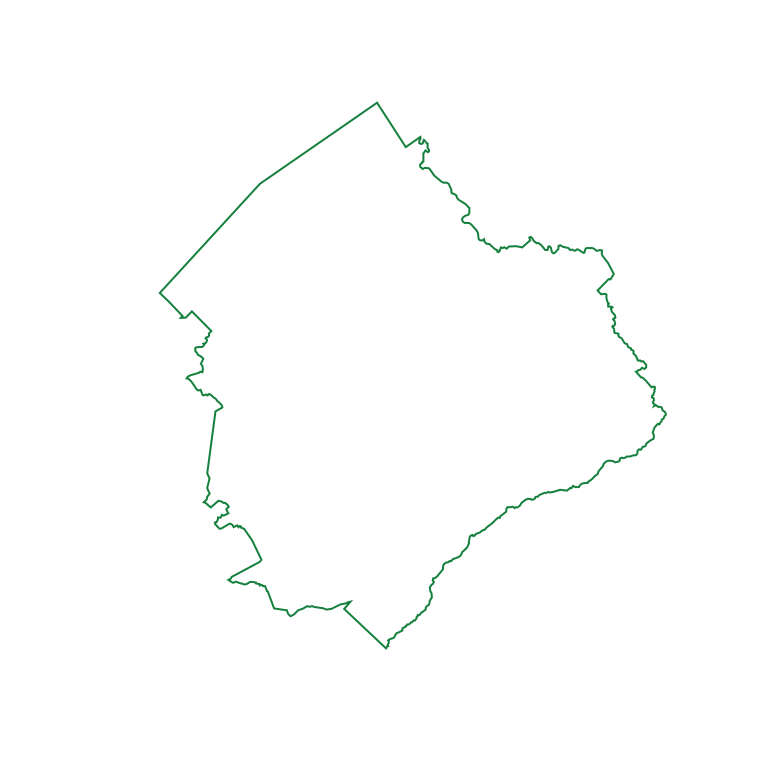 El Alto, Catamarca, Argentina (Albers equal-area conic projection), rotated 225°
{"feature_id": "61730980B19433533444932", "entity_name": "El Alto", "entity_type": "district", "adm_level": 2, "iso_a3": "ARG", "parent_name": "Argentina", "parent_adm1": "Catamarca", "projection": "albers", "projection_center": [-65.454, -28.418], "detail": "fine", "context": "isolated", "style": "outline", "palette": "green", "viewbox_px": 768, "rotation_deg": 225, "n_neighbors": 0, "source": "geoboundaries", "source_scale": "gbopen_adm2", "svg_char_len": 6166}
<svg xmlns="http://www.w3.org/2000/svg" viewBox="0 0 768 768"><g transform="rotate(225 384 384)"><path d="M606.9,289.8L594.8,290.1L574.5,289.6L574.5,287.1L571.1,290.7L571.2,299.5L543.5,299.4L543.5,295.8L542.0,294.7L541.6,293.1L542.6,291.4L542.5,290.2L540.4,290.1L539.3,288.4L539.1,286.6L540.2,284.8L538.9,284.7L538.6,283.1L538.6,281.9L541.5,278.7L542.9,276.6L542.7,275.7L540.3,273.6L538.8,273.9L536.4,273.1L531.8,274.2L529.5,274.0L527.8,268.8L525.2,268.4L522.2,266.1L520.8,263.8L522.6,262.9L522.9,260.8L526.9,253.5L527.9,250.8L527.5,248.4L525.7,249.5L521.8,249.5L512.2,247.7L510.6,248.2L509.6,250.2L504.3,247.9L503.6,248.3L502.2,251.0L500.7,251.1L500.6,253.2L498.4,254.0L495.3,254.0L492.3,254.6L490.1,254.1L485.9,254.4L483.1,254.1L481.7,253.1L483.8,245.5L445.8,195.8L440.6,193.9L435.8,186.0L434.9,185.1L429.7,183.2L429.3,179.3L427.8,177.2L427.8,172.9L425.9,173.8L419.2,174.2L418.5,184.4L416.0,185.9L413.5,186.4L412.3,187.6L409.4,187.9L406.9,187.4L407.1,184.9L406.8,183.8L402.6,182.5L404.2,177.7L406.2,176.8L405.1,174.8L405.3,173.7L407.0,172.2L405.7,170.8L404.7,168.0L405.4,167.0L405.0,166.8L405.2,166.0L404.1,165.5L398.1,165.3L396.8,166.8L394.5,175.8L393.9,176.6L391.6,177.2L389.1,176.5L387.9,180.2L385.5,179.9L385.6,181.6L384.4,182.1L383.6,181.4L380.4,182.7L366.7,180.2L346.4,173.1L346.1,170.3L355.3,140.0L354.7,137.7L355.5,135.4L350.6,136.5L349.9,137.1L349.0,139.5L344.0,141.8L343.5,142.5L341.6,143.0L339.8,145.0L338.6,149.7L334.2,153.1L333.4,152.5L330.4,154.6L329.4,153.7L328.7,155.1L327.9,155.6L326.7,155.4L325.1,157.0L320.5,154.8L319.6,155.2L303.0,147.6L292.6,155.3L289.4,153.7L285.9,153.7L284.7,157.2L284.7,163.3L282.5,167.8L281.2,172.6L279.0,173.9L277.8,176.1L275.5,177.1L268.6,182.3L265.1,183.9L262.1,188.0L259.0,197.2L255.6,202.3L255.4,203.8L253.8,206.4L253.1,196.8L195.6,198.5L196.3,201.2L195.8,201.7L196.9,202.3L197.5,204.1L198.5,205.4L199.8,205.6L199.3,208.0L197.6,211.4L198.9,216.4L197.2,221.0L197.2,222.2L196.7,222.6L198.3,224.7L197.2,226.9L197.1,227.8L197.6,228.3L197.2,229.3L197.5,230.5L196.3,231.8L196.3,234.6L195.7,235.3L195.9,237.7L194.9,238.6L195.3,241.3L196.1,242.2L196.2,243.7L196.8,244.5L195.9,245.0L195.6,246.2L195.9,248.6L195.0,253.8L196.3,255.4L196.7,257.5L196.1,259.3L196.6,260.8L198.3,263.0L199.3,267.0L202.3,269.6L204.6,270.2L207.7,272.5L208.4,275.6L208.1,277.5L208.9,279.4L210.6,279.5L211.8,281.4L210.8,282.4L210.4,285.2L211.3,294.6L213.8,297.6L214.2,299.1L214.0,301.4L212.5,303.3L212.4,305.5L211.2,306.1L211.5,308.8L209.2,313.6L208.5,316.2L208.9,318.3L209.8,320.2L209.6,327.2L211.3,331.6L212.3,332.2L215.5,336.9L215.0,339.6L214.1,340.1L213.3,339.6L212.6,341.0L213.0,343.1L211.4,346.3L210.6,351.0L209.7,352.1L210.0,355.2L209.1,361.3L209.0,368.4L208.8,369.8L207.5,371.3L208.1,371.8L208.2,372.8L207.3,380.2L209.2,382.3L209.6,384.2L207.5,386.2L206.1,388.4L203.9,388.6L203.6,390.1L202.4,391.1L201.9,393.7L202.7,397.5L202.0,402.4L200.9,404.8L199.6,405.6L199.3,406.3L197.8,406.5L196.7,407.9L196.4,409.9L197.0,411.4L195.5,413.2L195.7,415.3L193.5,420.5L192.0,422.2L191.6,423.7L190.1,424.5L188.0,427.4L184.6,433.8L179.2,438.0L178.8,442.3L177.8,442.8L178.2,445.7L175.8,446.4L173.3,449.0L173.9,451.0L173.7,452.8L173.1,454.4L169.9,458.4L170.5,459.2L169.7,463.0L169.8,468.8L169.3,470.5L169.3,471.5L170.6,474.1L171.2,481.3L172.1,482.2L172.2,486.1L170.6,489.1L167.5,491.5L165.2,492.0L163.2,495.1L163.2,496.7L164.2,497.5L164.4,498.8L163.5,500.3L162.5,500.5L161.2,502.8L161.1,504.3L158.7,506.8L157.1,510.1L155.5,511.7L155.6,513.8L157.5,516.1L157.5,518.1L155.9,519.1L156.6,522.6L155.2,524.7L156.4,527.8L155.7,532.5L154.7,535.9L155.6,537.4L158.1,539.2L159.6,539.6L162.0,544.6L162.2,549.4L160.7,550.2L161.2,551.4L161.5,554.2L162.4,555.3L161.8,557.1L163.0,559.6L162.8,561.2L163.5,562.2L165.8,562.9L168.4,562.3L170.7,563.6L172.0,563.6L174.0,561.7L176.9,561.3L177.4,559.5L177.8,560.8L180.3,560.8L181.2,561.6L181.6,563.3L183.3,564.7L185.0,563.9L186.2,565.3L185.8,566.7L186.9,568.4L187.3,570.0L188.6,570.8L189.1,572.3L190.5,573.4L191.8,572.5L192.5,570.8L200.6,571.5L205.6,571.4L207.0,570.4L214.5,570.9L213.9,572.0L214.1,573.1L212.7,575.8L213.1,577.8L210.4,578.9L210.4,581.2L212.2,583.0L217.0,583.3L218.1,581.8L219.7,581.7L220.6,580.3L222.0,580.3L222.9,581.2L224.4,581.3L225.6,582.0L229.3,581.9L230.4,583.5L231.9,583.8L233.5,583.0L234.6,583.8L237.8,582.8L240.2,584.1L242.7,583.0L248.4,584.4L251.2,583.5L252.3,583.9L253.4,585.2L254.1,585.2L256.7,583.4L257.7,583.4L260.3,585.7L263.0,586.0L263.4,586.9L262.5,587.7L262.8,589.7L265.6,591.6L267.8,591.7L268.0,592.6L267.2,593.9L267.3,594.6L269.7,596.0L273.9,596.2L275.7,597.1L276.8,597.8L276.6,599.7L277.7,599.6L280.2,597.3L281.8,598.7L281.8,600.6L282.1,599.6L283.2,599.7L287.1,601.7L289.9,604.5L291.4,604.2L294.0,600.9L299.1,601.2L299.3,617.1L297.8,618.1L299.3,624.3L311.2,628.0L319.8,629.1L322.2,630.1L324.2,632.6L326.3,631.2L326.9,629.6L328.0,628.4L331.3,628.2L333.7,626.8L334.3,625.7L336.2,624.3L337.2,622.4L335.3,618.6L335.5,617.8L342.1,616.3L342.8,615.6L342.9,614.0L343.6,612.9L345.9,612.1L347.3,610.3L349.1,610.6L350.1,610.3L354.2,607.7L357.5,606.7L358.2,605.0L356.2,602.8L356.0,597.8L356.4,596.3L358.5,596.0L362.4,598.4L364.5,598.3L365.0,597.4L363.1,594.4L364.7,592.8L371.5,593.4L374.7,592.8L375.6,591.5L379.4,591.0L382.4,592.0L384.4,591.7L384.8,590.3L382.2,588.9L382.9,578.3L388.0,574.9L392.9,569.5L392.9,566.5L395.7,565.7L396.1,564.1L397.9,563.3L396.2,559.6L396.3,558.2L397.4,557.7L398.5,558.8L400.9,557.8L408.4,557.5L410.8,555.6L413.6,555.7L415.6,557.1L415.9,555.2L417.4,553.7L418.7,553.4L419.5,553.4L424.5,557.3L426.9,558.0L434.8,558.5L437.6,558.1L440.9,554.9L443.0,554.5L445.3,555.5L445.9,557.3L445.6,560.2L444.0,563.3L444.8,565.6L448.1,568.8L453.9,568.8L461.6,567.0L464.4,567.4L466.2,568.5L468.8,568.0L471.0,566.8L472.5,567.6L473.3,568.8L479.9,571.3L482.5,570.5L483.8,568.7L486.2,567.7L496.0,566.9L504.1,568.4L505.4,567.9L508.0,565.6L508.6,563.4L511.9,563.2L513.6,564.7L513.4,567.1L513.9,567.5L513.4,569.1L519.2,574.9L519.8,578.5L516.8,579.0L516.8,580.5L517.7,581.3L520.5,582.0L523.1,584.9L524.9,584.4L527.6,585.0L528.5,584.7L526.8,581.5L527.5,579.9L529.4,579.2L531.2,581.3L531.7,583.5L533.0,584.4L536.1,566.9L587.8,578.0L613.3,437.8L606.9,289.8Z" fill="none" stroke="#15803d" stroke-width="2"/></g></svg>